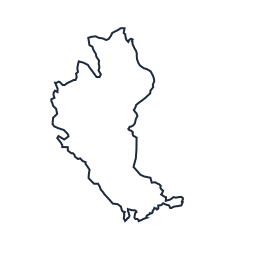 Peristerona Pafou, Paphos, Cyprus, rotated 137°
{"feature_id": "46923920B18196113028604", "entity_name": "Peristerona Pafou", "entity_type": "district", "adm_level": 2, "iso_a3": "CYP", "parent_name": "Cyprus", "parent_adm1": "Paphos", "projection": "natural_earth1", "projection_center": [32.486, 34.995], "detail": "fine", "context": "isolated", "style": "outline", "palette": "slate", "viewbox_px": 256, "rotation_deg": 137, "n_neighbors": 0, "source": "geoboundaries", "source_scale": "gbopen_adm2", "svg_char_len": 3173}
<svg xmlns="http://www.w3.org/2000/svg" viewBox="0 0 256 256"><g transform="rotate(137 128 128)"><path d="M135.6,39.6L136.2,41.5L138.0,42.8L140.6,44.5L141.8,46.4L144.5,46.6L146.2,47.0L150.0,49.0L147.4,51.4L148.3,53.3L149.1,56.8L147.7,57.0L145.1,58.2L145.5,60.6L144.9,62.5L143.5,63.4L143.5,65.4L144.4,67.3L145.1,69.7L147.9,71.9L145.5,76.3L149.1,81.3L150.8,85.3L150.5,95.8L142.8,100.6L136.6,106.4L128.3,115.1L128.7,116.6L129.4,118.6L128.8,120.5L127.3,121.6L127.6,124.1L128.4,125.3L128.4,127.1L127.3,127.3L125.9,127.8L124.4,126.7L122.6,126.4L120.1,126.6L116.1,129.2L112.9,130.4L111.9,132.7L111.7,135.9L111.4,137.3L110.2,137.4L107.7,138.4L106.3,139.3L102.9,139.1L98.6,138.5L94.4,138.2L91.5,138.2L88.1,138.2L86.1,140.0L81.6,140.7L80.6,142.5L76.7,144.5L75.3,146.6L74.1,149.2L72.8,154.1L74.0,158.1L75.7,161.0L76.6,165.4L76.1,168.4L74.5,172.1L72.9,174.2L70.7,176.6L69.5,178.9L68.8,182.3L67.5,186.1L65.9,188.2L66.0,188.7L64.2,189.6L64.9,191.2L66.9,191.6L69.1,190.8L69.1,193.3L68.4,195.2L67.1,197.1L66.1,198.4L66.4,200.4L62.5,203.3L65.3,206.0L68.2,206.4L74.6,208.3L77.8,207.0L81.5,206.3L83.9,207.2L85.4,210.8L87.9,213.9L89.1,217.1L93.1,220.0L94.7,220.6L95.6,221.0L95.9,220.5L97.7,217.8L99.7,214.9L98.6,211.8L100.2,208.3L100.9,204.4L102.5,201.7L103.3,196.9L105.4,195.2L107.6,191.8L110.3,190.2L111.3,185.7L114.1,184.7L116.2,186.7L115.4,193.4L114.9,198.3L114.3,201.5L116.1,206.3L118.6,210.3L122.4,207.8L124.8,205.7L126.3,203.1L128.9,203.2L130.8,200.2L133.6,198.9L134.9,200.1L139.2,201.4L141.1,202.1L145.2,202.7L146.5,204.2L146.5,207.9L147.1,209.2L149.6,209.8L150.4,210.8L152.7,204.7L155.1,202.4L156.0,205.1L158.3,204.5L159.9,203.1L161.2,200.2L164.4,201.3L165.6,200.1L166.1,198.6L166.3,198.0L167.7,195.1L167.5,190.9L168.7,189.1L170.1,186.7L175.9,186.5L180.5,182.3L180.9,179.6L179.2,175.6L176.3,170.3L176.2,168.4L176.2,164.2L177.3,162.4L182.5,163.1L184.3,169.5L186.6,168.9L187.0,163.8L187.7,160.4L189.1,158.9L185.1,155.1L187.4,152.5L186.7,148.2L185.6,147.3L185.4,145.0L186.4,143.2L185.9,140.5L185.6,139.3L183.7,138.4L183.7,136.4L183.7,134.7L182.3,131.9L183.5,130.8L184.5,123.8L188.3,120.8L191.0,118.2L191.0,114.3L190.8,110.4L187.9,107.7L188.7,104.2L189.9,101.6L190.0,98.4L190.4,95.8L190.5,87.9L190.7,83.1L187.5,79.3L186.8,75.3L188.5,72.3L188.8,70.4L187.8,69.2L187.6,68.7L188.3,68.5L189.1,68.2L189.5,67.8L189.9,67.4L190.0,66.9L190.6,66.4L192.9,64.6L192.8,64.3L192.9,63.7L193.1,62.7L193.5,62.0L192.8,61.9L191.0,62.1L189.7,62.4L189.1,62.0L187.6,62.3L186.6,62.9L186.1,64.4L185.2,65.5L184.8,67.2L183.4,68.7L183.1,67.9L182.2,67.0L181.5,65.6L178.9,62.7L178.8,61.5L179.1,60.7L180.5,60.9L181.4,60.5L181.9,60.0L183.3,59.1L184.3,58.2L184.5,57.5L184.6,56.5L184.4,56.1L183.3,55.2L183.0,53.6L183.7,52.6L180.6,51.4L179.3,51.1L178.0,50.7L175.4,49.5L175.7,50.1L174.8,50.6L174.0,51.1L173.4,50.9L172.2,50.7L170.5,50.2L170.1,50.7L168.8,49.4L167.4,49.6L166.9,50.4L164.4,50.9L163.3,51.6L163.0,50.8L162.3,50.2L162.5,49.6L162.5,48.7L162.0,48.5L160.8,48.4L158.7,50.7L156.4,48.9L153.6,49.0L153.1,47.4L152.3,45.8L150.8,43.4L151.1,42.3L151.7,40.8L150.8,39.9L148.3,39.3L145.6,37.5L144.2,36.4L143.0,35.8L141.9,35.0L138.5,36.5L138.9,37.3L136.3,38.5L135.6,39.6Z" fill="none" stroke="#1e293b" stroke-width="2"/></g></svg>